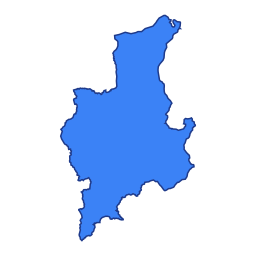 Ucayali, Loreto, Peru
{"feature_id": "86281439B24501043658018", "entity_name": "Ucayali", "entity_type": "district", "adm_level": 2, "iso_a3": "PER", "parent_name": "Peru", "parent_adm1": "Loreto", "projection": "mercator", "projection_center": [-75.521, -7.291], "detail": "fine", "context": "isolated", "style": "filled", "palette": "blue", "viewbox_px": 256, "rotation_deg": 0, "n_neighbors": 0, "source": "geoboundaries", "source_scale": "gbopen_adm2", "svg_char_len": 5775}
<svg xmlns="http://www.w3.org/2000/svg" viewBox="0 0 256 256"><path d="M78.8,209.5L78.8,210.2L79.6,211.1L81.6,214.9L82.2,217.8L81.5,218.3L80.2,220.4L81.1,222.3L81.2,223.5L79.9,224.6L80.4,227.0L79.9,227.6L79.9,228.3L80.4,229.9L79.2,234.4L79.3,235.8L80.1,237.1L80.4,239.1L81.9,240.6L83.0,239.2L83.6,239.2L84.6,237.7L85.4,237.7L86.2,236.3L89.1,235.4L89.8,235.9L90.7,235.6L92.0,234.4L91.7,233.7L91.9,232.9L92.4,232.1L93.2,231.7L93.7,230.9L94.1,229.1L95.0,227.2L94.7,225.6L93.4,224.5L94.6,224.0L94.3,223.3L94.5,223.1L95.7,223.4L96.4,222.6L99.9,222.5L99.8,221.7L100.6,219.1L102.2,217.5L105.5,216.3L107.6,216.3L109.2,216.7L109.9,217.5L109.9,218.0L110.3,218.9L111.0,218.8L111.2,219.2L112.3,219.0L113.2,218.2L114.3,218.3L114.7,218.8L116.0,218.2L118.0,218.6L118.7,218.4L119.1,219.1L120.2,219.6L121.1,219.7L121.6,219.4L121.9,219.8L122.5,219.4L122.8,219.8L123.2,219.7L123.2,219.1L122.2,218.4L121.6,217.6L120.8,217.3L120.6,216.6L120.0,216.4L119.7,215.1L118.7,214.6L118.3,213.9L118.3,212.6L118.6,211.9L118.2,211.3L117.0,211.3L116.1,210.5L117.3,210.0L117.1,209.5L117.5,208.7L116.6,206.9L117.8,204.9L119.1,203.9L119.0,203.3L120.1,202.2L120.3,200.7L121.7,199.4L121.6,198.4L121.9,198.2L121.6,197.8L122.4,197.1L123.3,197.5L124.9,197.3L125.4,196.8L125.6,195.9L126.6,194.9L127.2,194.9L129.0,194.2L130.7,195.0L131.7,194.7L132.7,193.9L133.5,193.9L134.8,194.8L135.2,194.7L135.6,195.6L136.7,196.2L137.6,195.9L137.6,195.0L139.4,193.8L139.7,192.8L139.4,191.9L140.0,191.7L140.0,191.0L141.2,190.2L141.3,189.7L140.7,188.1L141.1,187.8L141.5,186.8L141.5,185.4L142.4,185.0L142.9,184.4L144.4,184.1L144.8,182.3L148.8,181.8L150.5,180.8L153.5,180.0L155.6,181.6L157.5,181.5L159.7,184.9L161.3,186.4L163.8,189.9L164.6,190.6L165.2,190.6L166.6,190.0L168.6,188.6L170.3,188.5L173.4,187.3L174.0,186.8L174.9,185.2L177.4,182.4L178.7,182.3L182.1,179.6L185.3,179.2L186.7,177.1L187.1,176.1L187.6,173.2L189.8,169.4L190.7,168.9L192.1,167.4L194.0,166.8L193.8,165.0L193.3,164.6L191.9,164.6L191.3,164.0L190.8,164.0L188.9,160.7L188.8,159.0L189.5,158.5L189.7,157.7L189.3,155.2L188.2,154.5L187.7,153.6L186.8,153.0L184.1,149.3L184.2,147.1L183.9,145.8L184.1,144.4L185.1,142.9L186.2,139.2L186.8,138.7L188.0,138.3L189.1,137.2L189.7,135.5L190.1,133.3L190.8,132.6L190.9,131.8L192.6,130.0L192.5,128.0L193.2,127.5L193.7,126.6L194.3,126.6L195.3,125.7L195.2,124.8L194.4,124.0L194.2,122.0L192.2,120.8L192.3,119.0L191.4,117.9L190.1,118.5L187.7,118.9L185.5,118.5L184.2,119.6L184.0,122.8L183.6,123.8L185.6,124.3L185.5,126.2L184.3,127.4L184.0,128.4L183.5,128.9L178.4,130.3L176.2,129.2L173.0,129.0L172.2,128.6L171.7,128.9L171.3,128.5L169.1,128.0L168.6,126.3L167.6,125.5L166.3,123.6L165.4,123.3L165.8,123.1L165.8,121.1L167.0,119.4L167.7,117.3L167.5,115.7L165.9,114.7L165.7,114.2L168.9,110.5L169.4,107.7L170.0,107.2L170.7,104.9L171.9,103.2L170.3,100.6L168.0,98.4L166.7,95.4L165.4,94.2L164.7,93.2L164.3,91.6L164.1,88.7L164.3,85.8L164.0,84.0L163.0,83.3L162.1,81.9L160.4,81.1L159.5,80.0L158.1,71.7L158.0,69.7L158.3,66.6L159.9,63.9L163.0,60.3L164.0,57.9L164.4,52.6L165.0,50.6L166.7,47.4L166.3,43.7L172.3,38.6L172.7,37.5L172.8,35.8L173.7,34.2L177.3,32.2L177.7,31.7L177.9,29.9L178.5,29.5L179.0,28.4L180.2,28.5L179.7,28.0L179.6,27.3L180.1,26.2L180.4,23.3L180.4,22.5L180.1,22.0L177.2,21.7L174.8,20.0L174.1,19.8L173.4,20.1L173.0,20.9L173.0,22.0L173.6,23.5L174.6,24.7L174.9,25.6L174.2,26.8L173.6,27.0L172.8,26.9L171.7,25.9L171.2,23.8L169.5,22.5L169.7,21.9L170.6,21.5L170.9,21.0L171.0,19.8L169.0,19.5L168.0,17.2L165.2,15.4L163.8,15.5L159.1,18.1L157.0,20.9L156.0,22.6L152.9,26.2L145.2,28.6L141.6,31.6L138.0,31.6L135.9,32.6L131.0,33.7L125.2,32.3L119.2,34.5L114.6,35.5L114.9,38.9L117.3,40.8L117.9,41.9L117.9,45.9L117.1,48.0L116.1,49.6L114.1,51.3L112.9,53.3L113.5,54.5L113.5,55.8L114.0,56.8L113.5,58.0L113.7,58.6L114.2,58.7L113.8,60.2L114.5,60.6L114.6,61.3L115.3,62.5L115.0,63.4L116.1,64.7L116.2,68.0L116.6,69.4L116.1,71.9L116.8,76.4L116.4,80.9L116.8,85.8L116.8,86.4L115.9,87.9L113.4,89.0L112.0,89.1L111.0,89.7L111.2,90.0L110.8,90.7L110.2,90.6L109.4,91.6L107.7,92.3L106.4,92.4L105.8,91.7L105.7,90.2L105.3,90.5L104.3,90.5L103.7,91.1L103.3,92.5L102.2,92.7L102.0,93.9L101.1,94.5L100.6,93.8L99.2,93.0L98.1,93.0L97.6,93.5L97.4,93.2L97.0,93.3L96.3,93.0L95.8,93.3L94.9,92.8L94.6,91.9L93.8,91.3L94.0,91.0L93.8,90.7L92.2,91.0L92.2,90.4L89.9,88.8L88.6,89.1L87.6,88.9L87.2,89.2L86.2,88.6L84.9,88.4L84.6,88.6L84.3,88.3L83.5,88.5L82.5,88.3L82.1,88.6L80.4,88.1L79.2,89.0L78.9,88.5L78.0,88.9L77.6,88.6L76.9,88.9L76.7,89.5L75.6,89.4L73.6,90.0L73.8,91.4L74.9,92.9L74.9,94.1L76.8,96.2L76.3,97.1L76.4,98.0L74.0,98.9L73.6,99.9L74.8,104.3L75.2,104.4L76.0,104.0L77.0,105.0L77.2,107.2L76.7,107.8L76.8,108.1L76.5,110.0L76.8,111.0L76.0,112.5L75.8,113.8L74.5,114.0L74.0,114.4L72.9,117.6L70.8,119.0L69.6,119.4L68.9,119.3L66.4,120.9L66.2,122.0L65.1,123.0L65.5,123.3L64.6,126.0L62.9,127.1L62.2,128.3L60.9,129.3L62.3,131.3L60.7,136.1L61.6,138.9L64.5,143.8L65.4,144.5L66.5,144.8L67.3,146.1L68.1,146.4L68.7,149.4L70.5,149.1L70.8,150.7L71.4,151.0L71.0,152.7L70.3,153.0L71.1,153.8L71.2,154.8L70.0,155.6L69.7,156.3L69.9,159.7L69.6,160.5L69.7,162.0L70.8,162.5L71.0,165.1L72.4,165.7L72.9,167.1L74.2,167.5L74.7,169.4L75.9,171.0L75.9,171.5L77.0,172.5L77.4,174.0L77.0,174.8L77.2,175.3L78.6,175.4L79.5,176.7L78.7,177.4L78.8,178.9L78.3,179.3L78.1,180.3L78.9,180.7L80.2,180.8L81.5,179.8L82.4,179.7L83.3,180.5L83.9,179.7L85.9,178.7L86.9,178.7L88.7,177.7L89.4,178.7L89.5,179.2L90.4,180.1L90.4,181.2L91.0,181.8L90.7,183.4L90.3,184.0L89.8,188.7L89.2,188.6L88.6,189.4L87.5,189.2L86.5,189.9L85.8,189.6L83.8,189.7L83.2,190.4L83.2,191.0L81.4,192.0L82.3,192.7L82.2,193.2L82.8,194.6L82.6,195.4L82.9,196.0L82.3,198.7L82.7,199.8L83.4,200.3L83.6,202.4L84.5,204.2L84.0,204.9L84.4,206.3L83.9,207.7L82.7,208.6L82.1,208.7L81.7,209.2L81.4,208.9L80.6,208.8L78.8,209.5Z" fill="#3b82f6" stroke="#1e3a8a" stroke-width="1.5"/></svg>